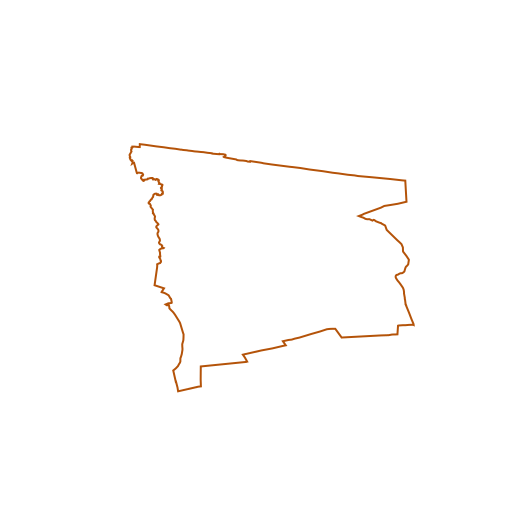 Roata De Jos, Giurgiu, Romania, rotated 220°
{"feature_id": "2599482B53285943705449", "entity_name": "Roata De Jos", "entity_type": "district", "adm_level": 2, "iso_a3": "ROU", "parent_name": "Romania", "parent_adm1": "Giurgiu", "projection": "equal_earth", "projection_center": [25.541, 44.417], "detail": "fine", "context": "isolated", "style": "outline", "palette": "amber", "viewbox_px": 512, "rotation_deg": 220, "n_neighbors": 0, "source": "geoboundaries", "source_scale": "gbopen_adm2", "svg_char_len": 5950}
<svg xmlns="http://www.w3.org/2000/svg" viewBox="0 0 512 512"><g transform="rotate(220 256 256)"><path d="M91.2,304.8L91.9,305.3L95.8,307.3L97.8,308.4L102.1,310.8L109.9,314.9L109.8,315.0L110.7,315.5L113.6,318.2L114.5,318.8L114.9,319.4L118.6,322.5L119.4,323.5L121.1,325.0L122.6,325.9L123.4,326.2L126.6,327.1L129.5,327.8L131.9,328.2L134.4,329.0L135.2,329.4L135.9,330.1L136.1,330.5L136.2,331.0L136.2,331.5L136.2,331.8L136.0,332.1L135.4,332.7L135.0,334.0L134.5,335.2L134.2,335.7L133.6,336.2L132.9,337.0L132.6,338.2L132.4,339.2L132.5,339.8L132.9,340.6L133.6,342.2L134.1,343.5L134.2,344.5L134.0,345.6L134.0,346.7L134.1,347.5L134.2,347.8L134.4,348.0L136.4,351.3L136.7,351.5L140.7,352.7L146.1,353.9L146.5,354.2L149.0,357.0L152.2,358.6L154.8,358.8L157.9,358.9L172.6,360.0L173.5,360.5L176.2,362.1L176.6,362.3L177.0,362.3L180.8,361.5L181.3,361.6L182.8,360.9L186.4,359.7L188.4,359.6L189.2,359.2L189.5,358.0L192.8,357.1L194.0,356.0L195.2,355.2L196.3,354.7L197.0,354.7L197.6,354.5L198.3,354.4L200.5,353.5L202.9,352.7L201.0,356.1L200.5,357.5L191.4,373.3L189.9,376.8L185.7,381.6L180.9,387.2L175.6,394.3L190.1,409.7L192.5,408.0L202.3,401.5L215.4,392.5L218.3,390.5L229.3,382.8L232.3,381.1L237.8,377.3L246.2,372.1L250.7,369.1L259.2,364.0L270.7,356.6L278.6,351.9L284.9,347.8L287.7,345.9L302.8,336.2L309.9,331.8L311.2,331.2L312.1,330.7L321.4,325.0L321.1,324.4L323.1,323.0L324.4,322.6L326.0,321.6L327.1,320.9L330.1,318.6L332.0,317.4L333.3,317.2L341.5,312.5L344.1,311.2L344.3,311.2L343.9,312.5L343.9,313.4L344.1,313.8L344.6,313.9L346.9,312.7L347.1,312.4L347.7,312.0L349.0,311.0L349.8,310.8L350.0,310.2L349.9,310.1L355.0,306.5L355.8,306.4L355.9,306.2L356.0,306.0L356.7,305.8L359.3,304.0L363.1,301.7L365.0,300.3L368.0,298.3L370.2,296.7L372.7,295.2L375.7,293.2L376.8,292.6L380.1,290.3L381.0,289.8L381.3,289.7L382.0,289.1L386.7,286.3L391.3,283.2L396.4,280.1L402.8,275.9L412.8,269.7L416.9,267.0L415.1,264.7L416.0,264.0L419.8,261.4L421.0,260.4L420.4,259.8L420.4,259.6L420.9,259.3L421.1,259.0L421.0,258.8L420.2,258.1L420.0,257.8L420.0,257.1L419.9,256.9L419.2,256.4L418.6,256.1L418.5,255.9L418.5,255.1L418.2,254.3L418.1,253.3L417.8,252.1L416.8,251.4L416.3,251.2L416.2,250.7L415.7,250.7L415.3,250.2L415.5,249.9L415.4,249.8L414.9,249.7L414.5,249.3L414.0,249.1L412.7,248.9L412.7,249.2L412.6,249.6L412.2,249.5L411.7,249.6L410.6,248.3L410.2,247.3L410.1,247.7L409.3,249.0L401.1,243.3L400.4,242.9L400.2,243.0L400.1,243.6L399.8,244.1L399.0,244.8L398.1,245.3L396.9,246.1L396.2,246.3L395.9,246.2L394.8,245.8L394.5,245.1L394.4,244.9L394.5,244.6L395.1,244.2L395.1,243.7L394.8,243.1L394.7,242.6L394.5,242.2L394.1,241.7L393.9,241.6L391.9,241.2L390.6,241.1L390.4,241.2L390.3,241.3L390.2,242.1L390.4,242.4L390.7,242.5L388.6,244.7L388.4,245.0L388.6,245.6L388.6,245.8L387.9,246.4L387.4,247.3L386.4,248.4L385.4,249.2L385.3,249.3L384.7,249.1L384.6,248.6L384.1,248.5L384.1,249.1L383.9,249.3L382.9,249.6L381.9,249.7L381.8,249.8L381.7,250.0L381.9,250.7L381.7,251.1L381.4,251.3L381.0,251.4L380.6,251.3L380.1,251.7L379.6,251.7L379.1,251.6L379.0,251.4L379.2,250.8L379.1,250.7L378.0,250.1L377.4,250.1L377.1,250.0L376.8,249.2L376.7,248.9L375.6,249.6L373.9,250.3L373.5,250.4L373.3,250.3L373.2,250.1L373.1,249.2L372.4,248.6L372.4,248.3L372.7,247.4L372.6,247.0L372.4,246.9L372.1,247.0L371.6,247.0L371.2,246.9L371.0,246.6L370.9,245.9L370.8,245.5L370.5,245.4L369.4,245.6L368.8,245.4L368.1,244.7L367.4,243.8L367.6,243.5L368.1,243.2L367.7,242.4L367.9,241.9L368.2,241.2L369.2,240.2L369.5,240.1L370.1,240.4L370.5,240.4L370.7,239.6L370.9,239.2L371.2,239.2L371.7,239.9L371.9,239.9L372.2,239.9L373.2,239.0L373.6,238.4L373.9,237.0L373.6,236.5L373.4,236.0L372.8,235.1L372.9,234.4L372.4,232.3L372.5,232.1L372.8,231.7L372.5,230.0L372.7,229.3L372.5,228.7L372.6,228.0L372.3,227.5L372.1,227.4L371.7,227.3L370.6,227.7L370.4,227.6L369.0,227.0L368.6,226.1L368.3,225.9L364.7,225.2L364.3,224.5L363.5,223.6L362.6,223.0L362.6,222.7L362.4,222.4L362.1,222.4L361.6,222.6L360.9,222.1L359.7,221.8L358.6,221.2L358.4,220.8L358.2,220.3L357.8,219.6L357.3,219.2L357.1,218.9L356.5,218.5L355.4,218.4L354.1,217.9L352.8,217.9L351.5,217.7L351.1,217.6L351.0,217.4L351.0,217.2L351.3,216.7L351.3,215.9L351.4,215.0L351.3,214.6L351.1,214.1L350.6,213.8L348.0,213.4L347.2,212.9L346.7,212.3L346.4,211.9L346.2,210.5L345.9,209.9L345.5,209.4L344.1,208.4L343.0,207.9L341.0,207.3L339.9,206.5L339.4,205.9L339.3,205.4L339.0,204.0L338.7,203.7L337.9,203.4L337.0,203.3L336.3,203.6L335.1,203.7L334.6,203.4L334.3,203.4L334.0,202.7L333.5,202.4L333.1,202.4L331.8,202.8L331.8,202.7L332.0,202.3L333.2,201.1L333.5,200.5L333.8,199.9L334.0,198.4L331.6,196.8L330.7,195.7L329.0,194.2L328.9,194.0L329.7,193.3L329.6,193.1L329.5,192.9L328.6,192.5L327.3,192.1L326.4,191.4L325.9,191.3L325.8,191.0L325.3,190.8L325.0,190.4L325.0,190.2L325.0,189.4L324.9,189.0L325.9,187.4L326.1,186.7L326.4,186.1L325.5,185.2L324.3,183.5L314.9,168.4L305.7,172.1L305.2,167.8L305.1,167.6L302.7,168.7L301.7,169.0L300.8,169.2L297.9,169.7L297.6,169.7L294.6,168.6L293.7,168.6L292.8,168.0L290.8,166.4L290.6,166.1L290.5,165.8L292.1,164.0L292.8,163.4L293.3,162.3L294.1,160.8L293.0,160.9L292.5,161.0L291.5,162.2L291.2,162.3L290.2,161.7L288.6,160.2L286.0,159.9L284.1,159.8L282.4,159.5L280.1,158.9L272.4,156.4L271.0,155.8L262.9,150.5L261.1,149.4L259.1,146.9L257.6,144.9L257.1,143.9L256.0,141.4L255.8,141.0L254.1,139.1L252.8,137.8L252.0,136.8L249.8,133.1L248.7,130.6L248.2,129.1L246.1,126.5L245.7,125.4L245.5,123.8L245.0,121.4L245.2,118.3L245.6,116.2L245.8,115.1L236.6,108.1L236.5,108.3L231.6,104.8L228.7,102.3L216.2,118.8L214.4,120.7L218.9,125.7L227.3,135.9L195.0,169.0L195.4,168.8L194.9,169.4L199.0,171.0L202.6,172.0L201.2,173.9L191.1,187.2L184.1,195.7L177.3,204.8L175.8,206.7L180.6,208.0L177.1,212.6L174.9,214.9L173.2,217.6L170.3,221.4L163.6,231.7L158.5,239.2L154.6,245.5L152.2,248.0L148.5,251.2L138.0,248.6L109.1,275.6L103.5,280.6L101.2,283.4L99.0,285.3L97.3,286.9L102.4,293.9L101.9,294.6L98.9,297.5L97.3,298.8L94.3,301.8L91.3,304.4L90.9,304.5L91.2,304.8Z" fill="none" stroke="#b45309" stroke-width="2"/></g></svg>